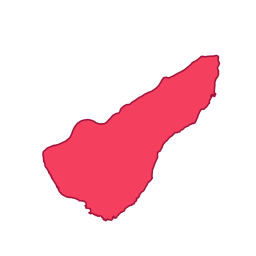 the district of Atauro, Dili, East Timor, rotated 17°
{"feature_id": "22284137B11289182458696", "entity_name": "Atauro", "entity_type": "district", "adm_level": 2, "iso_a3": "TLS", "parent_name": "East Timor", "parent_adm1": "Dili", "projection": "albers", "projection_center": [125.573, -8.218], "detail": "fine", "context": "isolated", "style": "filled", "palette": "rose", "viewbox_px": 256, "rotation_deg": 17, "n_neighbors": 0, "source": "geoboundaries", "source_scale": "gbopen_adm2", "svg_char_len": 5742}
<svg xmlns="http://www.w3.org/2000/svg" viewBox="0 0 256 256"><g transform="rotate(17 128 128)"><path d="M191.6,32.8L190.9,33.0L187.8,34.7L186.3,35.0L183.8,36.0L181.9,36.8L180.7,37.5L180.2,37.6L179.7,37.4L178.5,37.7L177.7,38.4L177.3,38.1L176.9,38.7L176.5,39.1L176.4,39.7L175.8,40.4L175.4,41.3L172.9,44.4L172.2,45.0L171.5,45.4L171.3,45.9L170.4,46.7L169.9,48.2L169.3,49.3L165.8,54.7L163.3,57.7L160.0,60.8L155.7,65.3L153.3,67.4L152.1,68.2L150.9,68.5L150.2,68.2L149.9,68.2L147.6,69.3L147.2,69.9L146.5,72.0L145.2,77.9L144.3,79.8L142.9,82.2L140.4,85.4L139.1,86.6L136.6,88.4L136.3,88.9L134.8,90.1L131.4,94.2L129.7,95.6L127.6,98.5L124.4,102.1L122.9,104.8L122.4,105.1L121.0,105.6L119.6,106.2L117.9,107.9L116.2,110.6L115.5,112.1L115.4,112.9L115.5,114.4L115.1,115.9L114.9,116.3L114.5,116.7L113.9,116.8L112.6,117.5L111.3,118.9L110.9,119.1L110.2,119.8L109.7,120.9L109.2,121.6L108.7,123.3L107.3,125.6L105.7,129.2L104.9,129.9L104.5,130.5L103.8,131.0L102.7,131.3L101.9,131.7L100.6,132.1L98.8,132.4L96.9,132.5L95.2,132.3L94.1,131.5L93.5,131.6L90.2,131.3L87.4,131.7L86.5,132.0L83.9,133.1L81.5,134.7L80.4,135.7L78.7,137.8L78.0,139.1L77.0,141.6L76.7,142.7L76.5,143.0L76.6,143.3L76.2,145.3L76.0,147.6L75.9,148.1L76.0,148.7L75.9,150.2L75.3,154.0L74.4,155.6L73.2,157.3L72.5,158.6L66.4,164.0L64.9,164.9L64.6,165.3L64.0,165.8L63.8,165.9L63.7,165.7L62.8,165.9L62.8,166.1L61.6,166.7L57.5,170.0L56.8,170.8L56.6,170.9L55.0,173.9L54.5,174.4L54.0,175.9L54.2,176.7L54.1,177.0L54.7,179.0L55.2,179.7L55.5,180.7L56.0,181.2L56.0,181.8L56.3,182.2L56.4,182.8L56.6,183.1L57.1,183.4L57.1,183.6L56.9,183.7L57.0,184.3L57.3,184.3L57.6,184.6L57.5,184.9L58.2,185.3L58.9,186.4L60.0,188.9L61.2,189.7L61.5,190.1L62.0,190.1L62.1,190.4L62.6,190.8L63.1,191.2L64.9,192.9L65.2,193.4L65.1,193.5L65.6,193.9L65.6,194.2L66.4,194.4L66.8,194.8L67.6,195.3L67.5,195.5L68.0,195.8L68.0,196.0L68.2,195.9L68.8,196.8L69.1,196.8L69.4,197.4L69.4,197.6L70.1,198.2L70.0,198.4L70.3,198.6L70.6,198.5L70.9,198.8L71.1,199.1L71.3,199.3L71.8,199.7L71.9,199.9L72.1,200.1L73.1,200.8L73.9,201.6L74.3,201.8L75.2,202.7L75.4,202.7L76.4,204.0L77.0,204.4L76.8,204.4L76.8,204.5L77.0,204.9L77.6,205.4L77.8,205.4L78.0,205.8L78.3,206.0L79.1,205.9L79.3,206.1L79.2,206.5L79.3,206.5L79.4,206.9L79.6,206.9L79.8,207.6L81.0,208.7L81.1,208.9L82.0,209.4L82.4,209.7L83.9,210.5L84.0,210.7L85.5,211.1L87.3,211.4L88.3,211.7L90.2,211.8L91.7,211.6L92.7,211.4L92.9,211.2L93.1,211.3L94.8,210.9L95.5,210.9L95.6,211.0L98.6,210.7L99.5,211.0L99.9,210.9L100.2,211.0L100.8,210.9L101.0,211.1L102.1,211.4L102.3,211.7L102.6,211.8L103.1,211.7L103.4,211.4L104.6,211.4L105.8,210.9L106.0,210.9L105.9,211.1L107.3,210.9L108.2,211.1L109.1,211.4L109.1,211.5L109.6,211.9L110.3,212.9L110.4,214.1L110.3,214.4L110.4,214.9L110.2,215.0L110.6,215.1L110.7,215.4L111.0,215.6L110.9,216.1L111.4,216.4L111.4,216.8L112.0,216.8L112.7,216.5L113.9,216.5L114.3,216.2L115.5,216.5L115.9,216.8L116.4,217.6L116.6,219.2L116.2,220.3L115.9,220.2L115.6,220.2L115.5,220.4L115.7,220.6L116.6,220.8L117.4,220.9L117.8,220.7L118.0,220.2L118.8,220.0L119.4,220.2L119.6,220.1L119.9,220.2L120.4,220.2L120.8,220.4L120.8,220.7L121.2,220.8L121.6,220.5L122.5,220.6L122.8,220.9L123.1,220.5L123.8,220.5L124.0,220.6L124.0,221.0L124.4,221.2L124.7,220.9L126.2,220.9L126.2,220.6L126.7,220.1L127.8,220.1L128.3,220.2L128.7,220.5L129.1,220.8L129.2,221.1L129.7,221.0L130.5,221.4L130.7,221.9L130.7,222.2L131.6,222.2L131.6,222.3L131.7,222.7L132.3,222.4L132.4,222.7L132.6,222.7L132.9,222.7L133.1,223.0L133.5,223.2L134.3,222.6L134.4,221.8L135.3,221.1L135.5,221.1L135.8,221.5L136.8,221.1L138.2,221.1L139.1,220.9L139.4,220.5L139.9,219.3L140.0,219.1L139.5,217.9L139.8,217.6L140.0,216.8L140.4,217.0L140.9,217.3L140.9,217.5L141.2,217.5L141.9,218.0L142.9,217.4L143.1,217.0L143.3,216.4L143.2,216.1L143.4,215.6L143.5,215.2L144.0,214.6L144.5,213.2L145.1,212.3L145.7,211.0L148.4,208.7L148.8,207.7L148.8,205.9L149.0,205.5L149.7,205.0L150.0,204.4L151.6,202.4L152.8,201.4L153.9,200.9L155.3,199.1L155.9,198.7L156.2,198.1L156.0,196.6L157.0,195.7L157.3,194.9L157.0,193.9L157.1,193.6L156.7,193.4L156.6,193.1L156.8,192.7L157.5,192.5L158.1,191.6L158.6,190.7L158.6,189.9L158.8,189.5L158.6,188.7L159.0,187.2L159.6,185.6L161.1,183.7L161.7,182.1L162.1,179.3L162.7,177.2L162.9,175.4L163.2,174.4L163.5,173.7L164.3,172.9L164.5,172.1L165.2,171.0L165.8,168.9L165.8,168.5L165.3,168.0L164.8,166.5L163.6,160.8L163.9,158.0L164.0,153.8L164.9,147.9L164.7,146.9L163.9,144.5L163.6,142.6L163.8,142.3L165.3,140.9L166.2,136.8L166.4,133.8L166.6,132.8L166.9,132.5L167.5,130.7L169.1,128.2L170.3,125.1L171.4,123.8L172.0,122.8L172.4,122.6L173.0,121.2L174.2,119.0L175.7,118.3L176.2,118.2L176.7,117.5L177.5,117.0L178.3,116.8L179.4,114.3L180.5,113.7L181.4,112.3L181.9,111.1L182.2,110.9L182.9,109.9L183.0,109.7L183.6,109.6L184.6,108.8L186.6,106.1L187.8,105.6L188.7,104.3L189.3,104.2L189.5,104.4L190.6,103.3L190.6,103.0L190.9,101.3L191.1,99.2L191.4,97.5L191.3,96.1L191.4,94.5L191.8,91.6L192.3,89.6L193.1,88.4L193.5,88.2L194.2,88.1L195.2,87.7L195.7,86.6L196.5,85.6L196.7,85.0L197.4,83.6L197.9,81.4L198.5,80.6L198.5,80.0L198.0,78.7L198.0,78.1L198.4,76.0L198.5,74.7L198.9,74.1L198.9,73.8L198.7,73.2L198.4,72.9L198.4,73.2L198.1,73.2L198.0,72.5L198.4,72.0L198.6,72.2L198.3,72.6L198.8,72.5L198.7,72.0L198.9,71.9L198.9,71.5L199.3,71.0L199.7,71.1L199.4,71.6L199.7,71.5L199.7,71.8L199.9,71.9L200.0,72.3L200.3,72.1L200.8,72.4L201.2,72.4L201.3,72.6L201.7,72.3L201.6,71.0L202.0,70.4L201.6,69.5L201.3,69.7L200.7,69.6L200.4,69.4L200.2,69.0L199.0,64.2L198.7,62.2L197.6,58.9L197.8,56.6L197.6,55.1L198.0,54.9L198.4,53.5L198.7,53.0L198.9,50.6L198.6,49.1L198.2,48.5L198.1,47.4L197.1,45.9L196.3,45.1L195.9,44.3L196.5,41.3L196.5,39.5L196.1,38.8L194.4,37.1L194.5,36.6L193.9,35.5L194.1,34.6L193.8,33.6L193.1,33.0L191.6,32.8Z" fill="#f43f5e" stroke="#9f1239" stroke-width="1.5"/></g></svg>